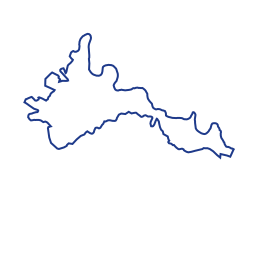 Kum Hamada, Al Buhayrah, Egypt, rotated 312°
{"feature_id": "37247803B37481118609375", "entity_name": "Kum Hamada", "entity_type": "district", "adm_level": 2, "iso_a3": "EGY", "parent_name": "Egypt", "parent_adm1": "Al Buhayrah", "projection": "albers", "projection_center": [30.747, 30.655], "detail": "fine", "context": "isolated", "style": "outline", "palette": "blue", "viewbox_px": 256, "rotation_deg": 312, "n_neighbors": 0, "source": "geoboundaries", "source_scale": "gbopen_adm2", "svg_char_len": 5850}
<svg xmlns="http://www.w3.org/2000/svg" viewBox="0 0 256 256"><g transform="rotate(312 128 128)"><path d="M98.3,100.0L98.7,102.6L98.9,103.6L99.5,104.9L100.2,105.4L101.8,105.5L104.1,104.4L106.2,103.8L106.9,104.1L107.4,104.6L107.9,105.3L108.2,106.5L108.6,106.9L109.7,107.3L113.0,106.7L114.5,106.8L117.1,106.0L117.7,106.9L118.5,107.3L120.3,108.0L121.6,109.3L122.9,111.6L124.2,113.2L125.1,113.9L126.9,113.7L128.0,113.1L131.8,112.3L134.2,113.3L136.6,116.7L140.5,117.7L141.2,120.9L142.9,122.1L144.1,123.1L144.7,123.7L144.8,124.1L144.8,126.1L145.1,128.8L145.0,129.4L145.1,130.1L145.4,130.7L146.4,131.3L147.7,131.5L148.9,132.2L149.3,132.6L149.9,135.2L151.4,136.7L152.1,137.9L152.2,138.8L151.7,139.5L147.9,140.7L146.3,141.7L144.8,144.0L145.5,145.0L146.2,145.4L147.5,145.3L148.3,145.2L149.6,144.6L150.2,144.5L150.9,144.1L153.9,143.2L155.1,143.2L154.3,143.3L153.5,146.5L152.0,148.4L150.0,151.3L148.9,153.7L148.8,156.1L147.2,158.4L148.3,163.2L147.3,164.6L146.3,166.3L146.2,167.1L144.5,167.3L144.1,168.6L145.3,170.8L145.3,172.8L146.1,173.5L145.9,175.2L145.8,177.2L145.9,178.2L146.0,179.5L146.4,180.2L148.8,182.0L149.3,183.5L148.9,184.5L149.1,185.8L149.5,187.5L150.3,189.1L152.7,191.0L156.1,193.2L162.2,197.4L163.6,197.6L165.0,199.4L166.1,200.5L167.1,202.8L167.7,206.9L167.5,212.6L167.6,214.2L167.7,216.3L170.6,214.2L173.8,220.0L175.1,223.2L182.4,220.9L182.9,220.8L182.8,220.2L182.6,219.4L181.9,218.5L181.8,217.4L181.5,216.5L181.3,215.8L181.2,215.4L180.8,215.0L179.9,213.6L180.1,212.5L180.6,210.9L181.0,210.1L181.5,209.5L181.7,209.2L181.7,208.2L182.0,207.8L182.3,207.0L182.5,206.3L182.7,205.7L182.8,205.1L183.0,204.3L183.4,203.5L183.7,203.1L184.4,202.0L184.9,201.7L185.2,201.3L185.6,200.8L187.1,199.9L187.8,199.0L187.9,198.5L187.9,197.8L187.8,197.5L188.0,197.3L188.4,196.7L188.9,195.8L189.0,195.3L189.1,194.7L189.4,193.8L190.0,193.0L190.4,192.5L190.6,191.7L190.4,190.5L189.9,189.6L188.9,188.5L188.3,188.0L187.7,187.7L186.8,187.8L186.3,187.9L183.7,189.2L183.1,189.5L181.9,189.7L181.2,189.7L180.0,190.0L179.3,190.1L177.5,190.0L176.3,189.8L175.2,189.3L174.6,188.8L173.9,187.7L173.1,185.9L173.0,185.1L172.7,183.7L172.5,181.6L172.6,180.2L172.8,179.5L173.1,178.6L176.7,174.4L177.9,173.3L178.6,172.4L179.1,171.9L180.9,170.7L182.6,169.6L183.2,169.0L183.5,168.2L183.7,167.3L183.8,166.8L183.6,166.3L183.4,165.9L183.2,165.8L182.9,165.7L182.1,166.1L181.2,166.4L179.0,166.8L178.6,167.0L177.8,167.2L176.9,167.2L176.4,167.1L175.2,166.7L174.4,166.3L173.7,165.8L173.3,165.4L172.7,164.5L172.2,164.0L171.8,163.1L171.7,162.1L171.1,161.0L170.0,159.6L168.6,158.0L167.7,157.3L166.2,155.4L165.5,154.6L165.0,153.8L164.7,153.2L164.2,152.2L163.6,151.2L163.1,150.0L162.9,149.3L162.7,148.4L162.7,147.9L163.0,147.6L163.4,147.2L163.9,146.7L164.4,146.2L164.8,145.3L165.3,144.3L165.3,144.1L164.6,142.4L164.4,142.2L163.8,141.0L163.6,140.0L163.3,139.2L162.6,138.1L162.0,137.4L160.7,136.5L160.4,136.1L160.2,135.4L160.0,134.6L159.9,133.6L159.9,133.1L160.2,132.3L160.7,131.4L161.4,130.4L161.9,129.8L162.1,129.1L162.2,127.6L162.4,126.0L162.6,125.1L163.1,123.3L163.5,122.6L164.1,121.8L165.0,120.7L166.3,119.5L166.5,119.1L166.8,118.0L167.4,116.4L167.6,115.2L167.6,114.1L167.5,112.6L167.3,111.8L166.7,111.3L166.2,110.7L165.7,110.0L164.8,109.0L164.5,108.2L163.9,107.6L163.4,107.2L162.9,106.8L162.0,106.4L161.7,106.1L161.4,105.5L160.8,105.1L159.9,104.9L159.0,104.7L157.7,103.8L156.7,103.0L154.1,100.7L153.3,99.5L152.4,98.1L152.0,97.4L151.4,97.1L150.3,96.1L149.5,95.8L149.3,95.6L149.1,95.4L148.8,95.0L148.5,94.5L148.2,93.9L148.1,92.8L148.3,92.1L149.0,90.5L150.1,88.8L151.0,88.4L152.5,88.1L153.7,88.0L155.2,88.0L156.8,87.3L158.7,86.4L159.8,85.7L160.9,84.7L161.6,83.9L164.0,79.7L164.2,78.7L164.2,78.2L164.3,76.8L164.3,75.7L164.2,75.0L163.4,73.2L162.9,72.7L162.0,71.4L159.5,69.4L157.8,68.7L156.6,68.6L155.8,69.0L152.8,71.2L151.8,71.7L151.0,72.1L150.2,72.2L149.4,72.3L148.0,71.8L147.2,71.2L145.8,69.5L144.7,66.9L144.5,66.1L144.4,65.2L144.4,64.1L144.5,63.5L144.6,62.7L145.0,61.3L145.4,59.9L150.1,56.1L153.3,52.6L154.4,52.1L156.2,50.5L161.1,45.4L161.8,44.6L163.4,43.4L164.8,42.6L169.3,40.8L170.4,40.0L171.5,38.5L171.8,37.3L171.7,36.2L171.5,35.9L171.1,35.2L170.7,34.8L168.2,33.7L167.5,33.6L166.3,33.1L165.5,33.0L162.9,33.1L162.0,33.3L159.8,34.2L159.2,34.6L158.5,35.2L157.5,35.8L156.5,37.1L156.0,37.5L153.8,39.0L153.0,39.2L152.1,39.2L151.4,39.1L150.9,38.8L150.1,38.5L149.8,38.3L149.2,37.6L148.9,37.2L148.7,36.4L148.7,36.0L148.2,35.6L146.9,35.3L146.0,35.2L142.3,36.7L141.8,39.3L141.8,41.4L141.0,41.7L138.2,41.8L137.2,41.7L135.0,41.4L133.9,41.6L130.6,43.4L128.8,44.5L127.5,45.0L127.0,44.9L127.9,43.0L128.5,42.1L128.9,40.8L129.2,40.1L128.7,39.7L127.4,38.9L127.1,38.8L126.0,38.7L125.1,39.4L125.0,39.7L124.9,40.1L124.8,40.8L124.7,42.4L124.3,46.2L123.9,50.6L123.2,51.7L122.9,51.5L122.4,51.3L121.4,50.3L119.3,47.8L116.2,45.9L117.3,45.3L118.2,45.7L118.7,45.0L118.8,42.8L120.0,42.1L120.2,40.6L119.7,39.0L118.5,34.5L116.5,34.2L109.2,33.8L107.5,35.2L105.4,37.0L104.0,38.2L105.6,43.1L107.1,48.1L105.6,48.3L104.4,47.9L102.4,47.6L101.4,47.7L99.7,48.4L99.2,48.4L98.5,48.3L97.9,48.2L97.4,48.3L95.7,49.2L94.3,48.8L94.1,48.6L93.5,48.7L92.6,44.8L92.0,43.1L91.3,41.4L90.9,41.4L90.6,41.2L90.3,42.0L89.7,42.3L89.3,42.4L87.3,41.8L86.8,41.4L86.3,40.4L86.5,39.0L86.6,37.8L86.5,37.1L86.7,36.5L86.6,35.6L86.0,35.2L85.1,34.8L83.5,34.0L82.4,33.6L80.9,32.8L77.8,33.9L78.1,34.9L78.2,35.8L78.4,37.0L78.7,39.9L79.4,45.2L81.0,49.0L80.7,49.8L79.3,50.1L78.1,49.0L75.9,47.6L74.4,46.9L72.8,45.6L71.9,45.3L70.8,45.5L70.5,45.7L69.2,46.6L68.9,47.9L68.6,49.0L68.7,50.8L70.1,52.0L71.3,52.8L71.6,53.4L71.8,53.6L72.0,53.9L72.4,54.2L73.1,55.0L74.3,56.3L75.1,57.7L75.3,58.2L75.7,61.1L77.4,62.2L77.6,62.5L78.1,64.4L77.6,69.5L77.2,69.2L76.2,68.8L75.4,68.2L74.3,68.6L68.2,75.9L65.4,80.8L65.4,89.2L66.2,90.7L70.7,93.4L73.6,94.4L74.7,94.0L76.9,94.2L79.0,97.4L85.1,97.5L90.5,98.2L94.0,99.9L96.4,99.6L98.3,100.0Z" fill="none" stroke="#1e3a8a" stroke-width="2"/></g></svg>